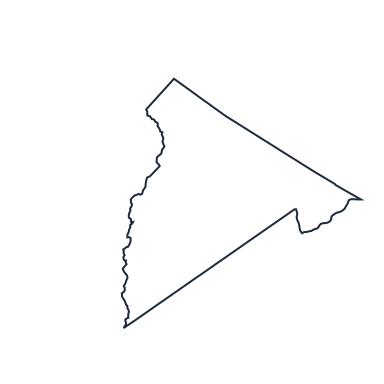 outline of Wanderlândia, Tocantins, Brazil, rotated 235°
{"feature_id": "56859067B89529630375047", "entity_name": "Wanderlândia", "entity_type": "district", "adm_level": 2, "iso_a3": "BRA", "parent_name": "Brazil", "parent_adm1": "Tocantins", "projection": "natural_earth1", "projection_center": [-48.028, -6.887], "detail": "fine", "context": "isolated", "style": "outline", "palette": "slate", "viewbox_px": 384, "rotation_deg": 235, "n_neighbors": 0, "source": "geoboundaries", "source_scale": "gbopen_adm2", "svg_char_len": 2552}
<svg xmlns="http://www.w3.org/2000/svg" viewBox="0 0 384 384"><g transform="rotate(235 192 192)"><path d="M116.9,313.5L138.3,303.9L140.4,303.0L163.0,293.5L166.2,292.1L193.3,280.7L232.2,264.3L234.2,263.4L235.7,262.9L251.1,257.4L254.1,256.5L259.8,254.4L295.1,242.2L285.9,201.8L283.5,201.4L282.1,200.5L280.4,199.3L278.0,201.0L274.7,200.9L273.6,202.2L272.2,202.5L270.6,202.2L268.5,203.4L267.2,203.0L265.9,201.6L263.8,201.7L261.3,201.4L259.7,200.7L257.9,202.0L256.4,200.1L253.0,199.6L251.9,198.8L250.2,196.7L247.6,196.0L245.4,195.6L244.4,194.0L243.8,191.6L241.9,189.9L241.1,188.7L240.9,186.6L240.8,184.0L240.0,182.7L236.7,180.0L233.8,180.6L231.8,180.5L229.0,166.7L229.6,163.5L228.6,162.2L227.0,160.5L225.5,158.9L224.4,158.1L222.8,156.7L221.5,153.0L219.1,150.0L219.5,148.0L221.0,147.4L221.4,145.3L222.1,142.8L221.6,139.9L221.1,137.7L218.0,135.8L216.4,135.8L214.9,134.3L214.1,131.9L212.0,130.9L211.3,129.3L208.9,126.6L207.2,125.6L204.8,126.4L202.0,124.8L201.3,126.5L200.4,124.7L200.4,122.4L198.9,121.6L197.3,119.1L195.2,116.7L194.1,114.6L191.9,113.0L190.8,114.9L189.2,115.2L186.8,113.3L185.4,111.5L184.7,109.9L183.8,108.1L184.5,106.6L184.3,104.9L184.3,102.6L182.6,102.2L181.3,101.0L178.8,100.5L178.2,98.7L176.2,97.4L174.7,97.5L173.7,98.6L172.4,97.3L170.4,97.0L169.8,94.7L169.0,91.4L166.7,90.7L164.8,90.6L162.4,90.9L160.2,90.7L158.5,89.8L157.6,88.0L156.5,86.5L155.1,84.6L154.0,82.1L152.2,82.0L150.2,80.6L149.3,79.4L149.3,76.4L145.9,74.5L143.6,74.6L140.7,74.3L139.0,73.8L137.4,73.3L135.9,73.8L134.3,72.6L131.8,72.3L130.2,71.8L128.8,70.1L127.3,68.8L125.4,67.6L125.9,65.9L125.8,64.3L124.5,63.4L122.9,63.0L121.2,61.8L120.7,60.2L119.8,57.9L119.5,72.4L119.5,85.1L119.5,88.5L119.5,92.0L119.5,95.0L119.4,134.0L119.4,140.8L119.4,143.8L119.4,149.1L119.3,153.0L119.3,168.0L119.2,199.0L119.2,202.5L119.2,204.0L119.2,205.8L119.2,210.9L119.0,266.0L118.2,267.3L116.3,266.7L114.1,266.0L112.5,264.5L111.3,263.2L109.9,262.6L108.6,262.1L107.1,262.0L105.5,261.5L103.8,261.0L101.9,260.1L100.3,259.2L99.0,258.7L96.9,258.4L95.0,258.6L94.9,260.8L93.8,262.4L93.1,264.1L92.4,265.9L91.6,267.5L91.6,269.2L91.2,271.0L90.4,273.2L90.6,275.4L91.5,277.0L92.0,279.3L91.1,281.8L89.9,283.5L89.1,285.7L88.9,288.4L89.9,290.4L91.2,291.4L92.0,292.7L92.2,294.9L92.2,297.0L92.0,298.7L91.2,300.7L90.7,302.7L90.5,304.7L90.7,307.3L91.5,308.9L92.1,310.2L92.7,311.7L93.7,313.6L95.3,315.6L95.0,318.0L94.2,319.1L93.3,320.3L92.0,322.0L90.9,323.4L90.0,324.6L89.0,326.1L94.1,323.7L101.0,320.4L102.7,319.6L105.2,318.4L113.1,314.7L114.9,313.8L116.9,313.5Z" fill="none" stroke="#1e293b" stroke-width="2"/></g></svg>